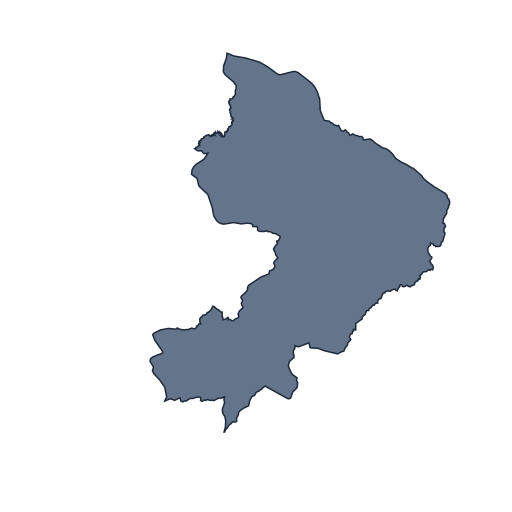 San Martin, San Martín, Peru, rotated 308°
{"feature_id": "86281439B4761836687342", "entity_name": "San Martin", "entity_type": "district", "adm_level": 2, "iso_a3": "PER", "parent_name": "Peru", "parent_adm1": "San Martín", "projection": "orthographic", "projection_center": [-75.887, -6.437], "detail": "fine", "context": "isolated", "style": "filled", "palette": "slate", "viewbox_px": 512, "rotation_deg": 308, "n_neighbors": 0, "source": "geoboundaries", "source_scale": "gbopen_adm2", "svg_char_len": 6157}
<svg xmlns="http://www.w3.org/2000/svg" viewBox="0 0 512 512"><g transform="rotate(308 256 256)"><path d="M280.7,154.9L280.8,161.9L276.3,167.4L275.8,169.2L274.8,180.2L267.2,191.7L261.6,198.0L259.7,203.0L259.5,206.1L260.0,208.6L261.3,211.0L268.6,217.8L272.2,224.6L276.4,228.8L278.6,232.3L278.7,234.0L277.6,234.6L277.3,235.4L279.8,238.8L279.6,239.5L277.3,241.4L277.5,243.5L280.0,247.0L281.8,248.7L282.7,249.0L282.5,250.4L284.1,252.7L284.2,255.3L285.7,257.5L286.3,262.4L285.9,263.5L282.5,264.0L282.0,264.5L280.5,263.1L279.8,263.7L279.2,265.2L274.3,265.1L272.2,265.5L270.7,268.8L269.2,270.5L267.9,274.4L262.8,273.8L261.2,274.4L259.5,277.5L255.9,277.7L252.6,275.9L249.9,277.2L242.5,272.9L228.3,268.2L226.2,268.7L223.7,270.3L220.7,270.2L215.8,269.2L214.1,269.5L213.1,272.2L212.0,273.2L209.9,273.4L208.8,274.6L207.4,277.5L202.3,276.8L199.4,277.4L197.6,279.9L195.5,279.6L193.4,278.3L191.1,278.0L190.1,277.1L190.0,274.9L189.4,273.6L188.7,273.4L190.2,272.4L190.3,271.7L187.2,270.7L185.3,269.1L187.3,267.6L187.4,266.6L191.0,263.9L190.5,263.2L190.2,261.0L190.6,259.3L190.0,258.2L190.4,253.9L189.7,252.9L185.6,253.7L182.3,253.1L181.5,252.4L179.4,252.8L178.1,252.1L177.0,250.7L174.0,250.7L173.5,250.2L171.8,250.4L170.5,251.5L169.2,252.7L168.6,254.4L167.3,252.8L165.3,253.0L164.2,252.3L163.0,253.1L160.8,252.6L159.5,249.6L156.8,248.2L153.4,244.6L151.2,240.8L150.8,238.2L149.4,238.1L148.6,237.3L145.2,231.8L139.0,226.2L132.8,223.3L130.5,222.9L127.3,228.1L123.5,240.6L122.6,241.8L121.0,241.9L119.0,240.3L112.9,236.8L110.1,236.1L107.9,237.2L105.3,243.7L101.8,245.0L100.4,248.0L98.9,256.9L96.5,264.7L90.1,272.3L85.5,273.4L90.0,275.9L91.1,277.1L92.2,280.8L97.5,283.3L95.4,286.1L96.1,288.3L97.9,288.9L98.8,290.3L103.2,291.8L104.7,293.8L108.3,296.2L110.4,298.9L109.8,300.3L108.0,301.3L108.1,302.8L111.0,304.3L111.3,305.5L112.7,305.8L114.4,309.4L115.4,310.2L116.2,311.9L120.3,313.7L123.8,317.1L125.0,317.2L125.6,318.0L122.9,319.3L121.2,321.5L114.0,324.1L111.7,326.5L110.2,330.5L107.3,333.7L102.3,337.2L97.6,339.2L98.0,339.7L100.1,339.0L104.0,339.2L105.6,338.7L108.6,339.6L111.0,339.6L111.9,341.5L113.7,342.6L116.7,340.3L119.6,340.0L122.3,338.6L124.2,338.6L128.5,339.9L133.3,342.4L138.5,340.0L142.7,339.3L145.1,340.7L149.0,340.1L151.1,341.5L152.3,341.4L154.4,342.5L156.0,342.4L159.1,343.3L163.1,368.6L163.5,369.6L165.3,370.8L171.3,368.7L177.0,369.4L178.6,368.9L181.8,366.8L183.0,364.5L185.3,363.3L185.0,357.7L185.8,355.2L188.5,350.2L189.9,348.8L193.5,347.3L199.4,348.4L201.0,347.2L202.9,344.7L204.7,343.6L206.8,343.6L209.4,341.9L210.2,344.9L211.3,345.8L220.0,351.1L219.0,352.9L217.3,354.5L217.3,355.8L221.3,361.4L223.4,368.1L229.1,380.6L232.9,382.2L235.1,383.8L238.3,382.9L241.9,383.0L243.6,381.9L248.5,382.2L249.3,379.8L252.2,378.4L254.0,379.6L255.9,378.6L257.1,379.1L257.9,378.0L258.5,378.3L259.1,380.1L264.3,376.2L271.7,378.4L273.4,377.2L277.5,378.0L278.7,377.3L281.1,376.9L282.5,378.4L284.0,377.5L286.0,378.4L289.2,378.3L290.1,379.4L292.3,379.3L293.9,380.9L295.5,379.5L298.3,379.5L299.1,380.5L299.9,380.6L303.2,379.3L305.3,379.2L306.3,380.3L307.6,380.0L309.2,380.9L311.0,383.6L312.9,383.9L315.5,386.0L315.1,387.6L315.5,388.8L318.4,388.0L320.5,388.1L321.3,387.2L322.2,387.4L323.0,388.6L322.1,390.0L323.1,391.8L325.8,392.8L326.1,395.4L326.8,396.7L327.7,396.6L330.9,398.5L332.9,397.6L335.3,398.1L336.0,398.9L337.9,398.0L338.5,399.4L340.4,398.7L341.0,397.2L343.7,397.8L345.7,397.5L346.8,397.9L348.5,399.8L351.7,400.6L351.9,402.0L353.6,402.3L353.8,403.7L355.7,403.1L357.5,401.1L357.6,398.6L358.3,397.9L358.6,395.9L362.3,395.9L363.3,395.3L363.3,392.9L364.0,392.0L364.9,389.2L367.8,386.7L369.4,386.2L371.8,386.7L373.6,385.5L374.4,388.6L373.8,389.8L374.5,391.1L374.1,391.8L376.7,394.8L378.0,395.0L381.1,393.6L382.3,394.2L389.6,391.3L390.6,390.5L390.6,389.4L392.8,387.8L393.0,387.2L395.9,387.3L397.7,384.4L396.8,383.2L401.0,380.7L407.0,380.0L409.7,378.1L412.9,377.8L413.9,376.9L415.4,376.8L418.0,375.2L419.6,372.9L419.6,371.2L421.5,368.9L421.8,366.3L420.3,354.7L419.9,345.0L420.3,339.7L421.3,337.2L421.9,325.6L421.3,324.5L420.7,317.8L419.4,312.8L418.9,306.0L420.4,301.1L421.0,295.5L420.5,292.1L419.2,289.1L418.4,280.2L418.8,275.0L418.1,273.4L413.8,269.4L415.0,267.2L415.2,265.7L413.4,263.5L413.4,261.8L412.1,260.1L411.9,257.2L411.3,256.7L409.3,256.2L408.8,255.5L410.0,253.3L409.8,251.4L410.6,249.1L409.7,248.4L408.2,248.4L407.3,245.9L409.7,240.6L408.6,239.9L407.4,236.5L407.7,233.8L406.9,232.7L407.4,230.9L405.3,227.1L405.1,225.7L410.3,217.0L418.9,209.5L423.3,202.9L425.4,198.1L426.4,193.8L426.5,176.4L425.5,173.2L424.1,171.6L413.4,163.3L412.6,160.9L412.2,148.6L411.0,139.6L405.6,125.9L400.1,115.6L398.0,108.3L393.6,110.9L385.8,113.5L381.0,116.9L379.8,120.3L379.3,132.2L378.7,132.5L378.3,135.2L375.8,137.3L373.7,137.8L370.6,140.3L368.0,140.5L367.3,140.0L365.7,140.7L363.6,138.8L362.9,139.4L361.0,139.4L360.8,140.3L359.8,140.5L358.9,142.0L359.0,143.1L357.7,144.1L357.3,145.2L356.3,144.8L354.7,145.3L354.3,146.4L352.9,147.4L352.0,149.4L351.2,149.7L349.9,151.6L350.7,151.9L350.3,153.1L349.0,154.2L348.7,153.8L348.8,154.5L348.2,154.5L347.8,155.1L346.7,154.4L346.4,155.0L346.1,154.7L345.5,155.1L345.2,156.1L343.0,156.2L341.2,155.2L341.1,155.7L338.7,155.5L338.6,156.2L336.4,156.8L335.6,156.4L335.9,155.8L334.9,156.0L334.5,155.2L331.6,157.2L330.9,157.3L330.6,156.7L330.0,157.3L329.3,156.5L329.9,155.4L328.8,154.9L329.6,154.2L329.4,153.7L330.2,154.0L329.7,153.2L330.6,153.9L330.8,153.2L331.2,153.4L331.4,152.0L330.4,151.6L331.2,151.4L330.8,150.9L331.2,150.4L330.3,150.2L330.5,149.5L329.9,149.9L328.5,149.6L328.4,148.6L328.8,148.0L328.4,148.1L328.2,147.6L327.6,148.0L327.4,147.3L326.9,147.2L326.0,149.0L325.9,147.8L324.9,148.1L325.0,147.3L324.3,147.6L324.2,147.1L323.5,147.3L323.6,146.8L323.0,147.1L323.0,146.3L322.2,146.2L322.6,145.7L322.0,144.4L322.4,144.1L320.7,142.7L317.7,141.6L317.2,142.4L314.4,140.9L314.3,141.3L312.8,141.4L312.7,140.9L310.9,140.5L310.5,141.1L310.9,141.2L310.9,142.1L309.8,141.9L309.8,141.5L309.0,141.6L309.3,142.6L308.5,143.4L308.5,142.7L306.2,143.0L304.6,141.8L304.2,142.2L302.8,141.6L303.0,145.2L305.4,148.7L304.6,151.1L305.0,152.5L307.4,154.9L300.3,155.4L291.2,152.3L287.7,152.0L284.5,152.6L280.7,154.9Z" fill="#64748b" stroke="#1e293b" stroke-width="1.5"/></g></svg>